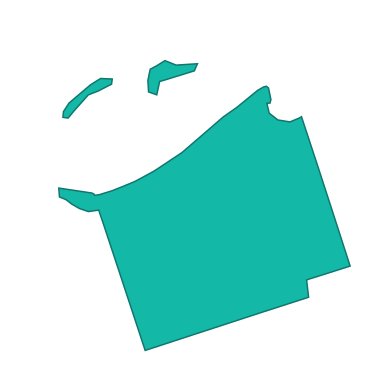 the district of Harrison, Mississippi, United States of America, rotated 162°
{"feature_id": "52423323B27952664457255", "entity_name": "Harrison", "entity_type": "district", "adm_level": 2, "iso_a3": "USA", "parent_name": "United States of America", "parent_adm1": "Mississippi", "projection": "robinson", "projection_center": [-89.065, 30.439], "detail": "fine", "context": "isolated", "style": "filled", "palette": "teal", "viewbox_px": 384, "rotation_deg": 162, "n_neighbors": 0, "source": "geoboundaries", "source_scale": "gbopen_adm2", "svg_char_len": 1084}
<svg xmlns="http://www.w3.org/2000/svg" viewBox="0 0 384 384"><g transform="rotate(162 192 192)"><path d="M285.5,55.8L236.5,55.9L164.7,56.0L113.6,55.9L110.2,72.9L107.8,73.0L97.4,72.9L64.5,72.7L64.4,128.1L64.4,180.2L64.6,229.8L67.1,229.2L77.2,228.4L88.1,234.0L94.2,243.1L93.4,253.2L90.3,252.5L88.4,255.5L87.1,267.2L88.6,269.6L91.3,269.8L98.1,268.4L110.4,263.6L123.0,258.7L139.2,253.7L168.9,241.2L182.0,235.7L182.5,235.5L189.4,232.6L202.0,229.1L204.0,228.5L221.8,223.6L242.9,219.7L243.6,219.6L248.7,219.2L261.5,218.3L267.5,217.9L281.1,218.1L285.5,218.9L286.0,220.5L287.6,222.0L317.5,236.9L319.6,228.2L314.3,223.8L310.2,217.7L304.2,211.1L296.6,205.4L286.3,203.6L286.1,183.4L285.8,122.3L285.5,55.8ZM152.3,306.5L147.2,312.3L167.9,317.6L177.1,325.3L182.0,324.1L186.9,322.9L193.8,321.7L199.5,311.7L202.4,300.6L195.5,295.3L188.6,307.1L182.2,306.9L152.3,306.5ZM235.2,319.4L232.9,324.1L243.9,328.2L255.4,325.3L262.0,322.6L281.3,314.7L289.4,308.2L291.7,302.9L287.0,300.6L279.6,305.3L262.0,315.6L260.6,316.4L250.2,317.0L235.2,319.4Z" fill="#14b8a6" stroke="#0f766e" stroke-width="1.5"/></g></svg>